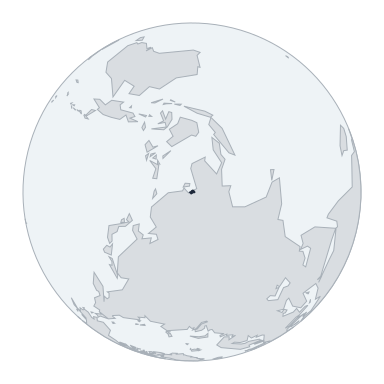 Quảng Ninh on an orthographic globe, rotated 191°
{"feature_id": "VNM-429", "entity_name": "Quảng Ninh", "entity_type": "Province", "adm_level": 1, "iso_a3": "VNM", "parent_name": "Vietnam", "parent_adm1": "", "projection": "orthographic", "projection_center": [107.332, 21.181], "detail": "fine", "context": "on_globe", "style": "filled", "palette": "slate", "viewbox_px": 384, "rotation_deg": 191, "n_neighbors": 0, "source": "natural_earth", "source_scale": "10m", "svg_char_len": 12548}
<svg xmlns="http://www.w3.org/2000/svg" viewBox="0 0 384 384"><g transform="rotate(191 192 192)"><circle cx="192" cy="192" r="169" fill="#eef3f6" stroke="#a8b0b8"/><path d="M347.0,253.1L346.7,254.1L346.6,254.3L347.0,253.1ZM275.4,45.0L270.3,42.8L271.2,46.4L277.0,50.8L271.4,47.7L286.2,58.9L290.3,65.2L282.3,56.2L278.8,54.0L279.8,57.0L276.5,55.5L275.1,56.3L271.0,54.3L266.6,49.8L263.9,48.6L264.8,50.9L261.3,50.8L260.4,47.5L254.2,47.2L245.7,40.7L246.6,35.3L238.5,31.9L230.4,27.6L227.7,27.2L222.9,25.9L218.1,25.1L214.2,24.6L215.2,24.8L213.9,24.8L211.1,24.6L210.5,24.2L211.8,24.3L210.2,24.1L211.0,24.1L209.0,23.9L208.8,23.9L222.7,25.9L236.4,29.0L249.8,33.2L262.8,38.6L275.4,45.0ZM207.2,23.7L204.9,23.6L201.1,23.3L207.2,23.7ZM350.7,133.9L349.4,130.6L349.8,131.5L350.7,133.9ZM348.8,129.5L349.2,130.4L349.0,129.8L348.8,129.5ZM348.8,129.6L348.9,130.0L348.8,129.6ZM348.9,130.2L348.8,129.7L348.9,129.9L348.9,130.2ZM348.5,130.1L348.4,130.0L348.2,129.2L348.5,130.1ZM280.4,48.0L278.8,47.1L277.0,46.0L278.6,46.9L280.4,48.0ZM282.0,54.6L281.0,53.0L283.1,55.2L282.0,54.6ZM275.6,56.7L276.9,57.8L275.6,57.8L275.6,56.7ZM268.2,55.0L265.7,54.9L267.5,54.1L268.2,55.0ZM263.8,54.4L257.8,54.8L260.2,56.9L249.9,51.5L258.4,52.7L260.2,51.2L261.2,53.1L263.8,54.4ZM216.8,25.1L215.5,24.8L219.1,25.4L216.8,25.1ZM219.4,25.6L232.3,28.4L232.7,29.1L228.3,27.8L230.9,29.3L224.8,28.2L222.0,27.1L222.9,26.8L219.8,26.7L219.4,25.6ZM245.2,48.7L243.1,48.3L244.4,47.8L245.2,48.7ZM213.7,24.9L216.2,25.3L216.8,25.8L211.8,25.2L213.2,25.2L213.7,24.9ZM234.6,30.4L234.1,30.9L229.0,30.1L228.2,30.2L224.7,28.2L234.6,30.4ZM211.7,24.9L209.2,25.0L206.4,24.5L211.2,24.6L211.7,24.9ZM219.1,26.3L219.1,26.6L217.4,26.2L219.1,26.3ZM195.1,23.5L198.2,23.6L198.7,23.8L195.1,23.5ZM208.4,25.0L209.4,25.2L210.0,25.4L207.8,25.4L208.4,25.0ZM221.3,27.9L219.3,27.6L222.5,28.7L218.8,28.3L217.1,27.2L216.3,27.5L215.2,27.5L215.1,26.7L221.3,27.9ZM207.3,26.0L203.9,24.9L198.1,24.4L197.5,24.1L206.9,24.9L207.3,26.0ZM211.9,26.4L208.9,26.0L209.6,25.7L212.1,25.7L211.9,26.4ZM216.9,28.6L223.0,29.4L223.1,29.7L216.9,28.6ZM205.5,25.9L206.4,26.2L205.0,25.9L205.5,25.9ZM213.2,27.8L215.4,28.0L215.5,28.2L213.2,27.8ZM206.3,26.8L205.2,26.4L206.8,26.3L206.3,26.8ZM209.4,27.3L209.0,27.7L208.1,26.6L210.3,27.3L209.4,27.3ZM213.0,28.0L213.8,28.3L212.1,27.9L213.0,28.0ZM200.7,27.6L199.1,26.2L202.7,25.9L203.8,27.2L200.7,27.6ZM60.6,85.8L58.9,89.8L57.7,92.1L52.6,98.2L46.1,114.2L50.4,110.3L49.9,121.7L53.0,125.8L63.7,113.8L58.6,106.7L63.1,99.1L71.4,99.2L76.7,106.3L78.6,103.6L79.8,94.4L85.5,91.7L80.7,90.9L79.3,94.4L76.2,94.3L77.3,91.2L79.3,90.2L79.0,87.3L69.6,93.5L67.1,97.7L63.6,94.5L59.1,101.4L56.6,102.9L63.1,91.9L66.0,88.9L74.4,76.1L71.1,78.8L62.9,91.3L63.4,89.4L58.9,94.0L62.7,89.1L72.5,75.4L72.4,73.4L66.4,79.0L78.6,66.8L76.9,68.4L80.7,65.2L88.5,58.6L86.4,60.6L89.0,58.7L87.9,60.3L93.0,58.0L92.9,59.5L101.3,54.6L102.4,55.0L97.1,57.6L93.3,60.5L93.8,65.3L95.8,65.0L101.2,61.7L100.7,63.8L105.9,60.0L109.4,61.8L109.6,56.7L116.0,53.4L121.6,52.7L123.7,50.9L114.6,52.2L111.0,53.6L107.8,56.2L97.8,60.4L96.2,59.7L106.8,52.5L105.8,51.1L114.4,46.8L133.7,44.8L138.5,46.6L132.7,55.9L127.9,57.0L127.5,54.0L121.9,59.6L125.2,57.8L124.7,59.7L130.8,57.8L130.7,59.1L136.6,55.2L137.2,56.6L133.5,59.1L142.9,58.1L146.0,60.9L148.1,60.1L149.6,58.5L152.5,63.6L153.9,62.8L153.6,60.8L156.2,58.1L162.1,55.5L162.8,57.3L160.7,58.5L157.5,64.2L152.1,67.5L152.9,68.1L157.8,65.7L161.8,58.7L165.1,56.6L163.9,59.8L164.6,58.5L166.5,58.1L168.9,59.6L170.5,56.2L190.1,51.1L196.9,54.1L193.7,57.1L208.1,57.2L214.6,61.6L214.2,59.6L220.9,58.9L218.9,57.5L219.2,56.5L235.4,55.6L239.8,57.2L246.3,55.6L246.1,54.7L243.3,53.3L249.9,51.5L260.2,56.9L260.1,58.6L266.6,61.3L265.5,65.0L267.5,69.6L262.5,72.8L264.6,76.6L266.9,77.3L271.5,83.4L272.8,94.5L261.4,82.4L257.4,67.5L258.2,73.0L254.9,71.0L253.3,72.6L254.1,76.9L256.1,77.8L241.7,82.7L237.5,94.6L245.2,94.3L249.9,98.4L251.9,114.3L236.9,135.3L243.0,143.0L243.3,147.8L237.7,150.6L237.2,143.4L231.7,140.6L232.2,136.5L223.2,139.2L223.5,133.4L216.3,138.9L218.9,143.7L226.8,143.0L220.4,150.8L228.2,159.5L228.9,169.6L215.2,186.7L201.5,191.3L200.6,194.4L195.3,190.4L188.0,196.2L197.7,214.8L197.4,219.9L185.7,228.8L185.5,225.0L171.3,214.4L168.5,226.4L179.2,237.4L182.9,249.4L174.5,245.1L170.8,234.4L165.8,230.4L167.3,219.9L163.5,203.6L155.1,205.6L155.9,199.3L149.3,185.2L137.3,187.5L118.2,201.2L115.3,217.0L108.9,222.6L101.7,197.4L102.4,181.4L97.3,181.5L92.0,166.0L75.5,159.0L75.4,154.4L71.8,154.9L68.4,148.7L69.2,141.5L66.1,140.2L64.8,159.4L68.3,160.9L74.4,156.4L73.1,162.7L76.7,170.3L64.7,181.2L44.0,183.8L45.8,171.5L49.6,133.9L51.6,130.9L51.8,130.5L52.1,129.7L48.6,134.3L50.5,127.4L44.4,151.9L41.7,161.6L43.7,184.3L42.5,185.6L44.3,191.0L54.6,192.4L53.9,196.2L46.7,211.2L35.7,227.5L39.4,245.0L42.3,258.4L40.3,262.6L45.4,273.7L45.1,274.8L48.4,280.7L50.4,284.1L44.3,274.0L38.9,263.5L34.3,252.7L30.5,241.5L27.4,230.1L25.1,218.6L23.7,206.9L23.1,195.1L23.3,183.3L24.3,171.5L26.1,159.9L28.8,148.4L32.2,137.1L36.4,126.1L41.4,115.4L47.1,105.1L53.5,95.2L60.6,85.8ZM78.3,121.5L83.9,125.7L88.1,115.8L90.6,116.8L91.1,113.2L88.4,115.0L90.6,105.8L95.4,105.2L98.2,101.4L96.4,99.9L87.2,102.7L83.9,115.6L79.8,118.1L78.3,121.5ZM104.4,48.0L101.8,49.8L99.0,51.4L99.2,50.8L103.3,48.4L104.4,48.0ZM98.8,52.1L109.2,45.9L109.5,46.4L107.6,47.1L106.7,48.1L103.4,49.5L93.5,56.6L90.4,58.6L92.4,55.7L93.5,55.3L95.9,53.4L98.8,52.1ZM135.4,33.3L139.9,31.8L134.7,34.7L131.0,35.9L131.0,35.0L135.3,33.2L135.4,33.3ZM194.6,23.1L198.3,23.2L207.6,23.9L207.5,24.2L205.0,24.3L202.7,24.1L203.5,23.9L199.9,23.9L199.3,23.5L196.5,23.5L186.0,23.2L187.7,23.1L194.6,23.1ZM170.9,24.4L170.5,24.6L173.8,24.1L174.6,24.2L171.6,24.5L176.6,24.1L176.4,24.3L181.7,24.7L189.0,24.4L191.2,24.8L188.2,25.0L192.4,25.2L188.2,26.0L189.7,26.3L187.0,27.7L180.4,28.3L182.5,28.7L180.6,30.1L175.2,30.9L177.0,29.6L169.7,31.7L169.1,30.4L168.3,30.8L165.7,30.3L161.1,30.5L161.6,29.8L159.7,30.2L157.9,30.1L155.3,30.5L155.3,29.6L152.2,30.1L154.0,29.5L148.6,30.6L152.6,29.4L150.7,29.5L147.8,30.6L153.9,27.4L170.9,24.4ZM199.7,27.9L192.1,28.4L187.9,28.1L194.3,25.9L193.6,25.5L197.5,24.6L203.4,25.2L201.8,25.3L201.5,25.6L199.8,25.3L201.0,25.8L198.7,26.1L199.0,26.7L196.5,26.6L199.7,27.9ZM59.5,90.7L59.2,91.9L59.3,93.0L56.5,96.1L59.5,90.7ZM66.0,81.4L66.2,81.7L62.2,86.2L62.6,85.2L66.0,81.4ZM69.6,78.4L66.5,81.4L68.4,79.2L69.6,78.4ZM97.6,57.9L98.1,58.3L96.9,59.2L95.0,60.0L97.6,57.9ZM153.4,38.6L155.2,37.4L156.1,37.4L161.9,35.7L162.8,36.8L159.7,38.2L153.4,38.6ZM60.9,114.8L58.0,116.2L58.4,114.3L59.3,114.2L60.9,114.8ZM55.6,105.6L55.2,109.3L54.9,106.4L55.6,105.6ZM155.4,39.4L157.7,38.5L156.7,39.6L155.4,39.4ZM163.8,37.5L163.3,38.7L163.6,36.7L163.8,37.5ZM122.6,341.8L126.2,343.7L123.9,343.1L122.6,341.8ZM55.5,265.6L59.0,285.9L55.2,283.4L51.2,275.9L47.6,262.7L50.9,261.6L51.7,256.4L55.5,265.6ZM225.6,277.1L230.7,277.8L230.5,278.5L225.6,277.1ZM220.3,274.7L226.1,274.9L219.3,276.2L220.3,274.7ZM228.4,275.0L234.3,273.6L236.9,272.4L236.4,273.9L228.4,275.0ZM216.3,274.7L194.8,273.8L186.2,271.4L188.2,268.9L202.0,270.3L216.3,274.7ZM187.6,268.8L174.6,260.3L156.9,236.4L163.2,237.5L181.7,252.6L180.5,254.9L188.4,261.4L187.6,268.8ZM219.1,256.3L217.8,263.2L205.9,262.3L200.5,261.0L196.8,251.9L198.9,247.4L203.3,247.8L220.5,232.7L226.5,236.6L221.2,243.1L226.2,249.3L219.1,256.3ZM115.9,218.6L119.2,228.9L115.8,229.7L115.9,218.6ZM227.5,221.8L220.6,228.6L226.9,219.4L227.5,221.8ZM231.3,213.1L231.8,216.6L228.9,213.2L231.3,213.1ZM200.4,199.3L195.7,199.9L195.6,197.3L201.6,195.2L200.4,199.3ZM229.4,178.2L229.3,185.6L228.4,188.1L226.2,183.6L229.4,178.2ZM166.6,50.2L157.6,51.2L151.7,53.3L149.4,56.3L148.8,52.7L157.9,49.5L166.6,50.2ZM187.1,50.6L189.1,48.4L190.9,49.4L190.7,50.1L187.1,50.6ZM186.5,49.2L184.1,46.5L186.9,45.4L188.3,47.7L186.5,49.2ZM169.4,42.1L166.7,42.2L167.5,41.2L169.4,42.1ZM307.4,314.9L307.9,314.8L303.1,319.2L297.0,324.3L292.6,327.3L307.4,314.9ZM268.6,335.1L269.8,331.5L275.7,330.0L272.1,333.7L268.6,335.1ZM311.5,311.0L315.9,306.3L319.0,301.9L316.8,305.5L318.5,303.9L308.9,313.9L311.5,311.0ZM250.6,321.9L217.7,331.6L210.7,330.6L213.1,327.1L207.9,315.9L210.2,316.1L209.4,308.3L229.2,301.0L243.6,286.9L253.9,287.3L262.1,276.7L272.6,276.5L269.0,284.8L279.4,288.8L287.7,270.2L292.7,288.0L299.3,293.1L299.6,303.5L282.9,323.4L274.6,328.1L273.5,326.9L269.9,329.1L265.1,329.2L263.6,324.2L259.9,326.3L264.0,321.7L258.5,326.1L256.5,322.8L250.6,321.9ZM324.6,277.6L325.8,277.6L327.2,279.9L325.4,280.1L324.6,277.6ZM343.8,258.7L344.0,259.8L342.9,260.9L343.8,258.7ZM346.6,254.3L345.3,255.9L347.0,253.1L346.6,254.3ZM332.6,264.6L333.0,265.5L332.5,266.1L332.6,264.6ZM332.1,264.4L333.1,262.3L332.7,264.2L332.1,264.4ZM326.9,256.5L327.7,255.3L328.1,255.9L326.9,256.5ZM238.2,277.7L245.4,272.3L249.2,271.8L238.2,277.7ZM325.8,254.8L323.8,255.2L324.1,254.1L325.8,254.8ZM326.1,252.3L326.0,250.9L327.0,254.0L326.1,252.3ZM322.3,250.2L324.7,252.1L322.0,250.5L322.3,250.2ZM320.8,250.9L318.9,250.2L319.1,249.7L320.8,250.9ZM299.0,257.1L306.0,264.6L300.2,265.4L293.7,261.0L288.3,266.7L276.3,267.2L279.2,263.8L277.6,259.1L265.0,258.2L262.4,255.2L267.0,252.7L258.5,250.7L267.8,248.7L271.5,255.0L276.7,249.5L285.6,249.9L294.0,251.1L300.7,255.0L299.0,257.1ZM267.7,263.0L269.3,262.9L267.8,265.0L267.7,263.0ZM315.4,247.4L318.1,250.0L317.7,250.8L316.4,250.6L315.4,247.4ZM302.3,253.6L309.5,247.1L311.1,246.9L306.3,253.8L302.3,253.6ZM307.8,243.9L311.1,244.1L312.8,246.8L312.1,247.7L307.8,243.9ZM248.8,258.0L248.4,259.8L246.0,258.5L248.8,258.0ZM251.9,256.8L259.2,258.5L251.3,258.4L251.9,256.8ZM229.6,250.9L231.7,255.2L238.6,252.4L233.4,256.4L238.0,263.4L236.4,266.1L231.8,258.5L230.1,266.4L227.1,266.2L225.5,259.5L228.6,251.2L231.6,247.7L243.9,246.2L229.6,250.9ZM251.9,251.5L250.0,246.6L251.4,243.1L253.5,245.7L251.9,251.5ZM244.1,234.4L238.9,228.6L234.2,230.9L243.7,222.5L247.1,229.5L244.1,234.4ZM239.6,221.4L235.2,223.5L239.8,218.7L239.6,221.4ZM234.1,221.5L233.5,217.4L237.0,217.9L234.1,221.5ZM241.9,221.6L242.7,214.5L244.5,218.7L241.9,221.6ZM231.9,208.0L239.5,214.9L229.7,211.9L229.1,198.3L233.2,198.0L231.9,208.0ZM253.6,153.2L252.5,149.4L256.1,148.5L255.9,151.3L253.6,153.2ZM267.1,143.2L256.8,147.0L248.3,150.6L251.0,152.3L249.4,158.8L245.1,152.8L250.8,145.6L257.3,144.2L258.0,138.8L262.5,135.2L261.1,128.6L263.0,125.8L266.3,131.4L267.1,143.2ZM260.1,125.9L259.2,114.7L266.3,116.2L268.1,119.0L265.5,123.4L262.0,122.3L260.1,125.9ZM261.1,112.6L257.6,111.5L249.0,95.8L248.9,93.0L259.2,105.0L256.5,104.8L257.4,108.6L261.1,112.6ZM243.9,49.3L243.1,48.3L245.0,49.2L243.9,49.3ZM218.0,55.8L218.8,54.6L220.9,55.4L218.0,55.8ZM222.0,52.0L219.1,51.9L221.9,51.2L222.0,52.0ZM212.6,52.0L217.8,51.5L213.3,53.1L212.6,52.0Z" fill="#d9dde1" stroke="#a8b0b8" stroke-width="1"/><path d="M192.0,190.7L192.0,190.8L192.1,190.7L192.3,190.6L192.4,190.8L192.5,190.8L192.6,190.7L192.8,190.7L193.0,190.7L193.3,190.6L193.4,190.8L193.5,190.9L193.6,191.0L193.8,191.1L193.7,191.2L193.4,191.0L193.2,191.0L193.3,191.1L193.2,191.1L193.1,191.3L192.9,191.3L192.9,191.5L192.7,191.7L192.4,191.6L192.2,191.6L192.3,191.7L192.2,191.7L192.1,191.8L192.1,192.0L192.1,192.3L192.1,192.5L191.9,192.5L191.7,192.6L191.3,192.7L191.5,192.4L191.4,192.4L191.4,192.5L191.3,192.4L191.3,192.5L191.2,192.5L191.3,192.4L191.2,192.4L191.2,192.5L191.2,192.4L191.2,192.5L190.9,192.7L190.7,192.5L190.8,192.6L190.9,192.8L190.8,192.7L190.7,192.7L190.8,192.8L190.7,192.9L190.6,192.7L190.4,192.5L190.3,192.4L190.3,192.5L190.2,192.5L189.9,192.4L189.7,192.4L189.5,192.2L189.8,192.0L190.4,192.1L190.6,192.1L190.8,192.0L191.0,191.9L191.1,191.6L191.3,191.5L191.4,191.4L191.6,191.4L191.8,191.2L191.7,191.0L191.7,190.9L191.8,190.9L192.0,190.7ZM192.6,191.9L192.8,191.9L192.7,191.9L192.7,192.0L192.4,192.3L192.2,192.4L192.2,192.2L192.3,192.0L192.3,191.9L192.3,191.7L192.5,191.8L192.6,191.9ZM191.3,193.1L191.2,193.2L191.3,193.3L191.2,193.4L190.9,193.2L190.9,192.9L191.0,192.9L190.9,192.9L191.0,193.0L191.1,192.9L191.2,193.0L191.3,193.1L191.3,193.1ZM190.6,192.8L190.8,193.1L190.7,193.2L190.6,192.9L190.6,193.0L190.5,192.9L190.4,192.9L190.5,192.8L190.5,192.7L190.6,192.8L190.6,192.8ZM192.6,192.5L192.6,192.4L192.6,192.6L192.5,192.8L192.4,192.8L192.2,192.8L192.3,192.8L192.4,192.7L192.5,192.5L192.6,192.4L192.6,192.5ZM193.5,191.4L193.8,191.3L193.7,191.4L193.4,191.5L193.4,191.4L193.4,191.5L193.5,191.4L193.4,191.4L193.5,191.4ZM192.5,192.8L192.6,192.7L192.6,192.8L192.5,193.0L192.4,193.1L192.4,192.9L192.5,192.9L192.5,192.8ZM192.7,192.3L192.8,192.2L192.7,192.4L192.7,192.5L192.7,192.4L192.7,192.3ZM193.1,192.5L193.3,192.6L193.2,192.6L193.1,192.5ZM193.3,191.5L193.0,191.6L193.3,191.5L193.3,191.5ZM192.1,192.9L192.1,193.0L192.1,192.9L192.1,192.9ZM193.4,192.5L193.4,192.4L193.4,192.5L193.4,192.5Z" fill="#64748b" stroke="#1e293b" stroke-width="1.5"/></g></svg>